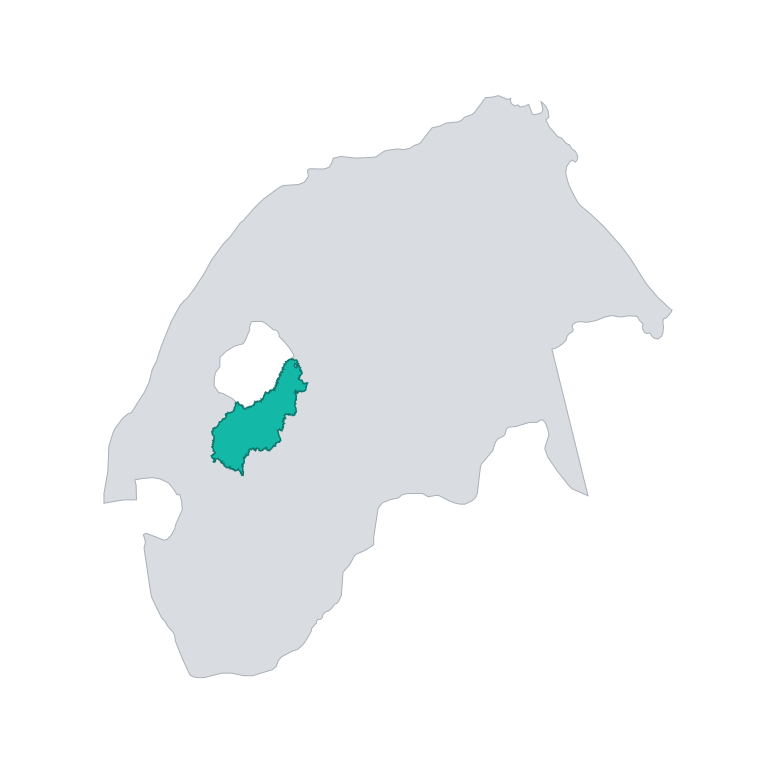 location of Thabo Mofutsanyane, Free State, South Africa, rotated 170°
{"feature_id": "47623444B5552574832417", "entity_name": "Thabo Mofutsanyane", "entity_type": "district", "adm_level": 2, "iso_a3": "ZAF", "parent_name": "South Africa", "parent_adm1": "Free State", "projection": "orthographic", "projection_center": [28.545, -28.29], "detail": "fine", "context": "in_parent", "style": "filled", "palette": "teal", "viewbox_px": 768, "rotation_deg": 170, "n_neighbors": 0, "source": "geoboundaries", "source_scale": "gbopen_adm2", "svg_char_len": 9788}
<svg xmlns="http://www.w3.org/2000/svg" viewBox="0 0 768 768"><g transform="rotate(170 384 384)"><path d="M543.5,122.1L563.9,119.5L573.0,121.1L583.9,125.7L594.2,127.4L611.5,126.1L617.5,126.9L622.2,128.5L625.6,131.0L630.2,148.4L634.1,167.1L633.9,173.1L634.5,175.4L639.2,183.4L640.9,188.4L643.7,192.5L649.4,212.5L650.1,216.0L648.8,264.1L646.3,269.9L647.1,277.5L644.2,278.4L627.6,268.3L624.6,268.6L619.8,272.1L615.3,277.6L613.2,282.4L604.5,295.2L603.7,303.4L604.3,310.5L607.1,310.8L609.0,316.0L613.5,324.1L621.1,329.5L628.2,332.0L638.1,332.9L646.0,332.9L645.7,327.4L647.9,312.9L661.0,315.1L680.5,315.2L678.8,324.7L671.1,346.1L665.8,370.3L659.7,382.4L656.3,387.4L646.7,396.1L641.7,398.9L637.6,399.8L621.3,417.6L615.2,426.2L609.6,438.8L604.3,445.7L596.4,460.5L582.8,482.3L571.4,496.6L566.4,500.8L563.0,502.6L554.1,511.0L541.6,524.4L532.1,536.3L518.0,549.8L509.8,555.8L497.7,567.5L494.3,569.3L480.7,580.2L470.9,586.9L455.2,594.8L448.9,597.0L433.8,595.3L427.6,596.5L422.5,601.2L422.2,607.9L420.0,608.9L406.1,606.2L400.5,606.9L397.3,610.5L394.8,615.1L386.9,615.6L372.7,611.4L356.1,609.2L352.3,609.1L344.4,612.8L341.7,613.5L330.0,613.2L323.4,611.4L317.3,611.7L312.7,613.7L307.0,614.6L292.3,627.9L284.4,628.3L277.6,630.2L265.4,629.3L261.8,630.3L258.4,632.7L250.2,634.2L247.2,636.2L234.2,648.5L228.4,647.7L221.2,648.1L212.6,642.7L209.5,643.3L210.1,641.5L210.1,638.2L206.9,635.2L203.7,635.6L201.8,633.1L196.9,633.2L192.9,634.3L191.1,624.0L189.1,623.1L184.2,623.3L181.8,623.8L180.8,624.9L179.7,627.4L180.4,634.7L178.5,632.7L176.1,628.5L175.0,623.9L175.2,618.3L178.7,615.9L176.9,609.1L170.0,597.5L166.2,595.2L162.8,589.3L159.8,587.3L158.2,583.1L155.1,579.9L153.6,574.5L154.8,571.2L157.0,569.3L159.7,571.8L162.6,570.4L166.5,566.1L168.5,559.9L167.7,550.2L166.5,544.3L161.6,529.0L159.6,525.6L150.8,515.2L140.3,501.1L126.5,478.6L119.6,465.0L108.4,437.3L99.4,421.9L88.8,407.8L87.5,406.9L88.7,404.9L93.3,401.0L95.4,399.8L96.7,400.1L97.7,399.0L98.6,396.6L98.9,391.2L100.7,385.3L102.5,382.7L106.7,380.7L110.3,382.5L111.8,384.4L112.7,387.1L114.3,388.3L116.6,388.0L118.4,389.5L119.7,392.8L119.7,395.3L118.5,397.0L118.9,399.0L120.9,401.4L123.2,406.8L132.4,408.8L137.5,408.7L142.3,409.7L147.1,411.8L154.5,411.7L164.6,409.6L173.2,409.5L180.0,411.4L184.9,411.4L187.7,409.7L188.9,407.4L188.2,404.5L189.6,402.6L192.9,401.5L195.4,399.2L197.2,395.4L201.7,392.2L208.9,389.4L212.6,389.2L202.5,238.5L216.6,247.9L220.0,252.5L227.4,266.2L235.2,283.1L236.8,291.5L236.6,293.3L230.4,305.2L230.5,310.9L231.7,317.4L233.5,320.6L235.6,321.6L240.3,319.6L247.6,320.9L261.6,319.3L268.6,319.8L270.3,319.1L271.8,317.6L273.5,313.6L275.0,312.2L281.4,310.1L284.2,307.6L288.5,299.5L301.9,288.3L303.4,285.7L311.1,260.1L313.6,256.3L317.4,253.8L325.1,251.6L329.7,252.4L334.7,254.4L340.3,257.8L348.8,264.3L351.7,265.3L360.0,265.2L365.2,269.6L380.7,272.1L385.2,271.8L389.9,269.2L397.9,269.1L406.3,267.2L411.4,262.6L420.8,234.8L421.8,228.7L422.9,227.0L431.0,223.7L440.9,221.2L443.0,219.9L449.1,212.1L457.1,205.6L462.6,183.5L466.2,178.3L468.5,176.1L470.0,176.0L472.1,174.6L474.8,171.9L478.0,170.2L481.7,169.5L484.2,167.7L485.3,164.8L487.2,163.3L489.9,163.4L491.5,162.4L491.9,160.5L498.0,155.7L498.2,153.8L501.7,149.1L508.6,141.7L515.1,137.6L521.2,136.8L532.5,133.0L536.5,129.5L539.1,124.7L543.5,122.1ZM524.4,447.3L533.9,443.6L541.0,438.7L542.6,429.7L548.1,424.3L550.1,419.1L551.6,412.1L548.5,404.6L544.0,402.4L536.0,396.0L532.5,391.6L527.6,388.0L524.2,383.6L518.6,385.0L510.0,388.6L504.7,391.8L500.2,395.7L492.1,398.5L484.7,410.7L482.3,413.5L476.5,422.4L468.0,426.9L467.9,428.5L470.8,435.7L474.8,442.9L478.9,448.7L478.8,452.4L480.2,455.2L483.9,457.1L490.1,464.4L493.2,466.8L502.6,468.4L504.0,468.0L506.5,463.6L506.9,460.5L513.1,451.0L515.8,448.1L524.4,447.3Z" fill="#d9dde1" stroke="#a8b0b8" stroke-width="1"/><path d="M565.6,337.0L565.1,336.6L564.2,336.6L563.4,337.3L563.3,338.3L563.7,338.6L563.5,339.1L560.5,339.5L559.9,339.1L559.8,338.1L559.0,337.6L558.3,336.5L557.8,336.4L558.0,336.2L557.7,336.0L558.0,335.7L558.1,335.1L557.7,335.1L557.5,334.6L557.1,334.9L557.3,334.4L556.6,334.3L556.3,333.4L555.5,333.5L555.8,332.9L555.7,332.2L555.5,332.4L555.1,332.0L554.9,330.5L553.6,329.1L552.7,329.0L552.6,328.7L552.2,328.6L552.2,328.9L550.4,328.9L550.3,329.5L550.0,329.5L549.8,329.0L550.3,328.3L550.1,328.1L550.2,327.2L549.2,327.5L548.4,326.5L548.2,326.8L547.9,326.5L547.7,326.8L547.8,326.4L547.5,326.1L547.3,326.6L546.9,326.5L546.5,326.2L546.1,324.6L545.0,324.3L544.5,324.6L543.8,324.5L542.2,325.7L541.7,324.0L541.1,323.4L540.6,322.1L540.0,322.0L540.7,321.2L539.9,320.0L540.1,319.0L539.5,318.7L539.1,319.8L538.5,319.0L537.8,321.9L538.1,323.1L537.9,324.6L538.1,326.0L537.1,327.1L537.3,327.4L537.7,327.5L537.3,328.3L538.1,328.8L538.0,329.3L536.7,329.2L536.7,330.1L535.6,330.4L534.9,332.8L535.2,335.1L535.1,335.9L533.9,335.3L533.5,336.8L533.0,336.5L532.9,337.0L531.7,337.2L531.9,338.3L531.2,337.7L530.0,337.6L529.5,338.5L529.6,340.4L528.6,340.5L528.3,341.0L528.6,341.7L528.2,343.0L528.5,343.2L526.0,342.9L526.0,342.5L524.2,343.7L523.4,343.3L524.0,342.8L523.2,341.7L523.0,342.1L522.5,341.8L522.1,340.7L521.4,341.4L521.5,342.4L520.5,342.5L520.0,343.1L518.4,341.7L518.7,340.5L517.0,339.4L516.0,340.1L515.0,339.8L514.7,340.3L512.6,341.4L512.1,340.9L511.8,341.9L510.8,342.1L510.5,339.0L509.7,338.7L509.7,339.0L509.3,338.7L509.0,339.1L508.5,339.0L508.3,338.4L507.4,339.1L507.0,339.1L506.4,340.0L505.2,340.5L503.6,342.3L503.5,341.8L501.7,341.8L501.9,342.6L501.6,342.5L500.8,343.8L501.1,344.2L501.0,344.6L498.5,345.1L497.1,344.9L497.1,345.6L495.5,346.3L495.6,348.3L496.4,351.1L496.8,357.0L495.0,357.0L494.6,357.7L493.8,356.9L493.7,356.2L492.9,356.3L492.7,355.9L492.5,356.4L491.9,356.8L491.5,358.1L491.2,358.0L490.7,359.1L491.2,359.2L490.4,359.9L490.7,361.5L488.9,362.3L490.2,363.8L490.4,364.9L488.9,365.0L489.2,367.5L488.7,367.7L488.0,366.9L486.9,367.1L487.6,370.2L487.2,370.8L486.9,370.5L485.9,371.5L484.4,370.8L483.8,371.1L483.5,370.1L482.8,370.1L482.7,371.1L482.3,371.1L481.4,369.7L479.4,369.8L479.3,368.7L477.1,369.2L476.9,371.0L476.4,370.7L475.3,371.6L475.0,375.5L475.8,378.8L474.3,380.2L475.2,380.9L473.8,383.5L473.1,383.6L473.0,384.5L473.4,384.6L473.2,385.3L472.4,385.7L473.1,385.7L472.3,387.4L472.8,387.8L472.5,388.7L473.0,389.0L472.7,390.2L471.7,391.2L472.5,392.1L473.3,391.8L472.3,393.1L471.3,392.0L471.0,391.3L471.2,390.1L470.9,389.8L469.4,391.6L469.1,391.2L468.3,391.6L467.8,391.4L467.2,391.7L466.6,391.2L466.6,390.7L463.6,390.9L462.3,391.5L460.3,396.6L459.1,398.3L461.8,398.5L462.5,397.9L463.7,398.7L463.5,399.8L464.3,402.1L465.5,402.1L466.8,403.5L467.3,403.5L467.5,404.1L467.2,404.7L466.4,404.6L465.7,405.5L466.2,405.8L466.2,406.5L464.8,407.0L464.4,407.6L463.2,408.2L462.7,408.9L463.1,409.5L462.8,410.3L463.5,411.0L463.2,411.8L464.5,411.8L463.8,414.2L463.4,414.4L464.4,415.5L464.3,416.8L464.7,417.0L465.0,416.6L466.7,416.8L466.7,415.8L467.8,415.3L469.3,417.2L468.3,419.3L466.3,417.5L464.6,418.8L465.6,419.9L466.1,420.0L465.2,421.1L465.9,422.6L466.2,422.5L466.5,422.9L468.1,422.7L468.9,424.2L470.0,423.9L470.4,424.2L470.5,424.8L471.0,424.8L471.6,424.2L472.8,424.6L473.4,424.4L473.4,424.1L474.0,423.5L474.2,423.9L474.7,423.9L475.1,423.6L475.2,423.0L475.9,422.7L476.9,423.0L476.7,422.2L476.9,421.5L477.7,420.8L478.9,421.0L478.7,419.7L479.5,419.2L480.1,418.0L481.1,417.7L480.4,416.1L481.4,416.4L481.5,414.8L482.8,414.2L482.1,413.3L483.1,413.1L483.4,413.4L483.6,412.7L484.3,412.6L484.7,412.0L485.2,411.7L485.5,411.1L484.8,410.8L484.5,410.9L484.6,410.5L484.3,410.2L485.0,410.0L485.6,409.1L486.4,408.6L486.6,407.8L487.2,408.0L487.8,407.7L487.9,407.2L487.3,406.6L488.5,406.4L488.5,405.7L489.0,405.8L489.1,404.7L488.8,404.3L489.5,404.5L490.0,404.1L490.0,403.6L489.4,403.3L489.2,403.5L488.8,402.9L489.9,402.8L489.8,402.1L490.4,401.9L490.2,401.6L490.3,401.1L491.3,401.4L491.4,400.6L491.1,400.2L491.7,399.9L491.7,398.9L492.2,398.4L492.5,398.6L492.4,398.3L492.6,398.5L493.1,398.4L492.9,398.2L493.2,397.5L492.9,397.3L492.8,396.7L495.0,397.7L495.6,397.3L495.5,397.0L495.9,397.4L496.3,396.9L496.9,397.6L497.6,397.5L498.0,396.6L497.6,396.3L497.8,395.9L498.7,395.9L498.7,395.2L499.0,395.2L499.4,394.7L501.3,396.1L501.2,395.8L501.5,395.6L502.7,395.9L502.8,395.4L502.5,395.1L503.6,394.4L503.4,393.4L504.3,393.3L505.2,391.4L505.9,390.9L505.9,390.2L506.3,390.4L507.0,389.5L507.3,389.8L507.2,389.3L507.6,388.8L508.2,388.9L508.2,388.3L508.7,389.0L510.0,388.3L511.7,389.1L512.5,388.8L512.6,388.2L513.5,388.8L513.4,388.5L513.9,388.3L514.2,388.7L515.0,387.8L514.8,387.1L515.6,386.6L515.7,386.2L516.1,386.2L516.1,385.4L518.0,385.2L518.6,384.6L519.1,384.9L519.7,384.7L519.9,385.1L520.5,384.4L520.7,384.8L521.1,384.5L521.4,384.8L521.7,384.5L522.1,384.8L522.5,384.5L522.9,384.7L523.7,384.3L524.0,383.6L525.1,383.2L526.2,384.0L527.0,385.1L526.7,386.2L527.1,386.5L527.0,387.3L527.8,388.0L528.8,387.8L530.7,388.9L530.9,389.4L530.5,390.3L530.8,391.5L531.1,391.6L531.6,391.1L532.5,390.8L533.1,391.4L533.8,390.4L534.0,388.1L535.6,386.5L535.7,385.3L536.5,384.6L536.3,384.3L536.8,383.4L541.2,382.2L542.6,383.1L543.9,381.6L544.2,382.1L544.8,382.2L545.5,381.1L544.6,380.1L546.7,377.3L548.2,377.8L549.4,377.2L549.3,376.5L551.3,375.1L552.7,375.3L553.6,373.0L555.1,371.8L555.3,371.0L557.7,370.0L558.0,370.5L560.2,369.8L560.4,369.1L559.9,368.7L560.5,367.5L561.8,367.2L561.8,365.7L561.5,365.6L561.7,365.1L561.6,363.6L560.2,361.8L561.0,360.5L560.9,359.7L561.5,358.5L562.5,358.1L562.3,357.6L561.7,357.3L561.9,357.0L561.6,356.7L562.2,356.5L562.9,355.6L562.6,355.3L562.8,354.1L563.4,354.0L563.0,353.3L563.2,352.7L564.4,352.0L564.2,351.5L563.7,351.5L563.9,351.2L563.4,350.3L563.7,347.5L563.1,347.4L562.3,346.3L562.3,345.5L562.6,345.0L563.3,345.1L564.0,344.7L564.6,343.7L565.2,344.0L566.0,343.3L566.5,343.3L566.3,341.8L565.5,340.5L564.7,340.1L564.3,340.3L563.8,339.9L563.8,339.3L564.6,338.8L563.5,338.2L563.7,337.8L564.1,337.9L565.6,337.0Z" fill="#14b8a6" stroke="#0f766e" stroke-width="1.5"/></g></svg>